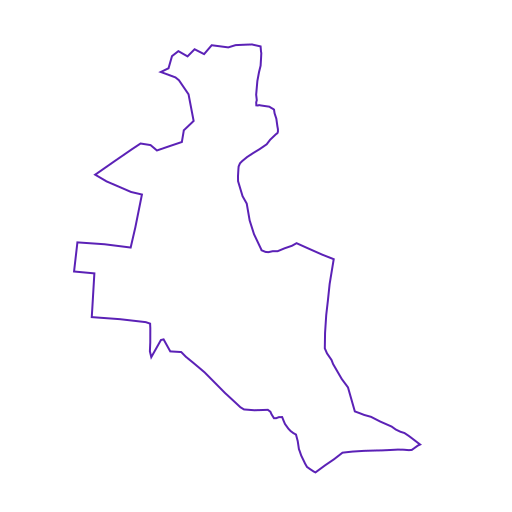 outline of Al-Mussyab, Babil, Iraq, rotated 185°
{"feature_id": "34846034B36938547090854", "entity_name": "Al-Mussyab", "entity_type": "district", "adm_level": 2, "iso_a3": "IRQ", "parent_name": "Iraq", "parent_adm1": "Babil", "projection": "mercator", "projection_center": [44.225, 32.8], "detail": "fine", "context": "isolated", "style": "outline", "palette": "violet", "viewbox_px": 512, "rotation_deg": 185, "n_neighbors": 0, "source": "geoboundaries", "source_scale": "gbopen_adm2", "svg_char_len": 2318}
<svg xmlns="http://www.w3.org/2000/svg" viewBox="0 0 512 512"><g transform="rotate(185 256 256)"><path d="M178.3,259.6L190.1,263.1L206.7,268.8L213.0,271.0L216.7,272.3L221.1,269.3L228.1,266.2L234.8,262.7L239.9,262.2L244.0,260.9L246.9,260.9L251.0,262.2L251.4,263.1L259.9,277.6L265.4,290.8L269.8,307.4L274.6,314.4L280.4,329.0L280.9,334.1L281.1,341.3L281.1,343.7L280.0,347.0L278.0,349.4L273.4,353.9L267.8,358.3L261.8,362.7L255.1,368.2L252.0,373.1L246.8,379.0L245.4,380.2L245.0,381.7L245.2,384.2L246.0,387.1L247.7,394.5L249.9,399.7L250.5,402.1L250.8,403.4L251.6,403.9L254.2,405.1L255.7,405.9L264.3,406.4L266.1,406.6L267.2,406.1L268.8,406.1L269.2,409.1L268.8,411.3L269.9,416.7L269.9,419.4L269.9,425.6L269.9,430.5L269.0,439.6L268.0,446.0L268.2,453.2L268.4,458.6L268.8,460.0L269.7,465.2L277.3,466.2L278.2,466.4L283.3,465.8L294.7,464.3L301.8,461.4L318.5,462.1L325.3,452.6L335.2,456.6L341.6,448.9L349.2,452.4L351.2,453.3L357.1,447.8L359.5,435.4L366.9,431.0L351.8,426.9L348.1,424.4L337.3,411.2L329.9,385.1L338.9,374.9L338.9,374.3L339.8,363.1L351.5,358.0L363.9,352.5L370.7,357.3L380.8,358.0L388.6,351.8L404.6,338.6L422.2,323.9L423.3,323.0L411.4,317.3L386.1,308.9L375.0,307.3L378.7,274.0L381.6,253.5L408.0,254.5L435.1,254.0L435.9,224.7L415.5,224.6L414.5,189.3L414.3,180.8L386.0,181.2L360.0,180.5L355.6,179.4L355.0,174.9L353.8,160.7L353.4,151.8L351.5,146.1L343.4,164.0L340.8,164.9L333.1,153.5L322.1,153.8L317.1,149.5L308.7,143.8L297.2,135.7L286.9,127.0L274.9,116.8L267.1,110.8L258.4,104.0L254.6,102.1L243.6,102.2L243.4,102.3L238.9,102.8L230.8,103.8L228.1,102.1L226.7,99.6L224.0,96.0L221.7,96.2L219.1,97.5L215.9,97.8L214.2,94.4L212.5,91.2L208.7,86.8L206.1,84.5L204.9,83.8L203.5,82.9L200.6,81.6L199.2,77.7L198.3,75.2L197.6,72.3L196.4,67.3L195.5,65.5L193.6,61.2L189.9,55.0L189.1,53.6L186.8,50.3L185.4,49.5L183.9,48.6L179.7,46.3L177.9,45.6L168.8,53.6L160.7,60.2L152.7,67.6L148.8,68.4L142.7,69.6L131.4,71.3L118.6,72.8L113.8,73.3L104.2,74.6L97.9,75.5L92.0,75.9L86.8,75.9L83.9,76.4L78.3,81.2L76.1,82.5L86.5,89.1L88.5,90.3L92.7,92.6L96.8,93.5L101.6,95.3L106.0,97.9L117.8,101.9L127.4,105.8L134.4,107.1L139.2,108.5L144.0,109.8L149.2,123.4L152.9,133.1L159.9,141.0L169.8,155.1L171.7,159.0L176.8,165.2L179.4,170.0L180.5,185.4L180.9,203.4L180.5,217.5L180.2,234.6L179.1,249.1L178.3,259.6Z" fill="none" stroke="#5b21b6" stroke-width="2"/></g></svg>